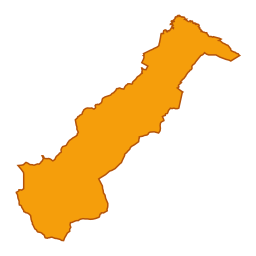 Malini, Suceava, Romania (Natural Earth projection)
{"feature_id": "2599482B41732614853379", "entity_name": "Malini", "entity_type": "district", "adm_level": 2, "iso_a3": "ROU", "parent_name": "Romania", "parent_adm1": "Suceava", "projection": "natural_earth1", "projection_center": [26.022, 47.371], "detail": "fine", "context": "isolated", "style": "filled", "palette": "amber", "viewbox_px": 256, "rotation_deg": 0, "n_neighbors": 0, "source": "geoboundaries", "source_scale": "gbopen_adm2", "svg_char_len": 5687}
<svg xmlns="http://www.w3.org/2000/svg" viewBox="0 0 256 256"><path d="M107.2,210.8L107.0,209.2L107.6,207.5L107.8,205.8L107.8,203.4L105.6,198.3L105.0,195.1L103.5,193.0L103.1,190.2L102.6,188.6L102.4,186.0L98.7,178.9L100.2,177.9L105.6,174.6L109.6,171.1L111.8,170.4L115.1,168.6L120.0,163.7L121.4,162.6L122.4,160.2L124.6,155.6L124.6,154.5L125.1,153.8L126.6,152.6L127.9,151.0L129.7,149.3L130.3,147.7L131.5,146.4L134.5,144.7L138.6,141.7L138.9,139.3L139.0,138.6L139.3,138.1L139.2,137.8L139.3,136.8L142.7,136.2L144.2,135.5L147.0,135.0L148.1,134.2L148.4,133.4L148.9,132.8L150.1,132.1L154.2,131.8L158.6,133.0L160.0,130.9L160.1,130.5L160.4,128.3L160.1,125.6L160.4,123.3L160.8,122.6L161.6,121.8L163.9,120.6L163.6,119.3L162.4,116.6L163.6,115.9L165.3,115.4L165.3,114.4L165.7,113.8L167.2,113.5L167.6,113.0L168.5,110.4L170.0,108.8L170.2,108.3L170.4,108.2L172.1,108.6L173.3,108.2L174.0,108.2L175.7,108.7L177.6,108.6L178.8,108.1L182.2,92.8L182.1,92.5L182.8,92.0L180.6,90.6L177.3,88.0L178.7,87.3L178.9,86.7L178.4,86.1L178.6,85.1L178.8,84.9L181.3,82.7L180.3,82.2L180.6,81.5L181.7,80.8L182.3,79.6L183.4,78.9L184.2,78.1L184.9,77.0L185.4,76.6L186.3,74.8L188.1,72.3L189.3,71.3L190.1,70.1L190.9,69.8L191.5,69.3L191.9,68.6L192.0,67.8L191.8,66.8L191.9,66.3L192.6,65.1L194.7,63.5L195.8,61.7L200.8,55.5L202.6,54.8L204.0,53.5L204.5,52.7L206.5,54.1L208.6,54.9L215.9,54.9L219.9,57.1L226.1,59.4L229.0,60.1L230.8,61.0L239.7,55.5L238.8,54.8L238.2,53.8L236.6,53.4L235.0,52.2L234.0,52.0L231.4,50.8L230.7,49.8L230.7,48.9L227.9,45.3L226.3,44.8L224.7,43.8L222.6,42.9L220.1,40.7L218.9,40.5L221.1,39.1L219.4,38.3L213.3,36.7L212.8,37.2L210.9,36.4L210.2,36.6L209.0,36.4L208.4,35.9L208.3,35.4L207.0,33.7L206.7,32.7L205.5,32.8L204.1,32.2L203.2,32.2L202.0,31.1L201.9,31.3L201.2,31.5L201.1,31.1L201.5,30.9L200.9,30.3L200.8,29.5L199.8,29.0L199.7,28.4L199.4,28.2L199.7,27.8L198.4,26.6L199.0,26.2L199.1,25.5L198.7,24.7L198.3,24.4L197.2,24.1L197.2,24.4L196.9,24.5L196.0,24.2L195.7,24.4L195.4,24.1L195.7,23.9L195.7,23.4L194.8,23.0L193.7,23.0L193.7,23.3L193.3,23.3L192.8,22.8L192.9,22.6L192.5,21.5L192.2,21.4L192.3,21.2L192.0,21.0L191.7,21.1L191.5,21.4L191.1,21.3L190.8,21.6L190.5,20.9L190.1,20.7L189.1,21.6L188.2,21.5L185.9,19.9L186.5,19.3L184.8,19.3L185.2,18.9L184.7,17.8L183.9,17.0L183.1,17.3L182.6,16.9L181.6,17.0L180.5,16.3L179.7,16.3L179.8,15.7L179.3,15.4L179.0,15.7L178.1,15.4L177.3,16.0L177.6,16.6L176.3,16.9L175.8,16.8L175.2,17.3L175.1,17.8L175.3,18.1L174.8,18.9L174.3,19.3L174.1,19.9L173.4,20.1L173.0,20.6L173.2,20.8L174.1,21.5L173.9,21.7L173.4,21.3L171.8,20.8L171.3,21.2L172.4,22.1L172.4,23.3L172.1,23.4L171.6,22.9L171.1,23.6L171.2,23.8L170.5,23.9L170.4,24.4L171.8,24.1L173.1,25.2L172.0,25.9L171.9,26.4L172.6,27.2L173.5,27.5L173.4,28.5L172.0,27.8L171.4,27.8L171.1,28.4L169.5,30.7L169.1,30.8L168.5,30.6L167.9,30.8L167.5,31.3L167.6,31.7L167.0,31.9L166.5,31.6L166.3,31.3L166.3,30.4L166.0,30.1L165.3,29.9L164.6,30.1L163.7,30.7L163.4,32.3L163.1,33.0L163.4,33.5L162.2,33.7L161.3,33.5L161.0,34.1L160.5,37.6L159.6,42.3L159.0,44.4L159.0,45.0L158.9,45.5L158.4,46.1L156.9,47.2L153.5,48.7L152.9,49.2L150.5,50.2L143.6,53.6L144.1,54.2L144.1,54.7L143.8,55.0L143.9,55.4L143.5,55.6L143.9,55.8L144.0,57.5L143.3,59.7L142.8,60.5L141.8,62.7L147.9,66.1L146.0,69.7L144.8,69.5L144.3,69.6L143.9,69.5L143.4,69.3L142.3,68.1L141.7,68.0L142.2,70.7L142.1,71.4L141.7,72.1L142.3,73.0L142.2,73.3L141.0,73.9L139.6,75.4L137.4,76.8L135.8,79.1L133.2,81.5L132.5,82.4L132.5,83.5L132.3,83.8L131.6,84.1L129.6,83.8L127.8,83.8L127.1,84.7L126.1,85.2L125.1,86.5L124.6,87.3L123.8,89.1L120.9,88.6L120.1,88.1L119.5,88.0L118.7,88.2L118.4,88.5L116.9,88.6L116.3,89.2L115.8,90.5L114.2,92.0L113.9,92.6L112.0,93.5L110.9,94.8L110.3,95.2L104.9,97.0L102.7,98.4L102.3,99.1L101.9,101.4L101.6,102.2L101.1,102.9L99.7,103.9L99.2,104.5L98.7,104.6L97.9,104.2L97.0,104.7L96.1,104.5L95.9,104.6L95.1,105.6L95.6,107.3L95.5,107.9L94.2,109.0L93.8,109.1L91.8,108.0L90.1,108.2L87.3,108.0L85.5,108.6L83.6,110.1L83.3,111.2L82.5,112.2L82.2,113.9L81.4,114.5L79.8,115.3L78.5,116.6L78.0,116.6L77.7,116.9L77.4,117.9L75.3,119.8L76.3,125.2L76.9,126.9L76.9,129.3L78.3,132.2L78.2,132.5L77.3,133.8L77.2,134.2L77.3,134.9L76.6,135.5L76.3,135.9L73.9,137.4L73.3,137.6L70.2,140.0L69.5,140.3L67.7,142.8L66.3,145.3L65.6,145.7L62.7,146.6L61.6,148.1L61.3,149.0L61.0,149.9L61.3,151.9L61.0,152.4L59.5,153.2L58.7,154.4L56.3,156.4L55.2,158.5L55.2,158.9L54.7,159.6L53.0,160.8L52.6,160.8L50.6,159.2L49.1,158.6L48.5,158.5L47.3,158.7L44.7,158.5L44.2,158.1L43.6,156.6L43.0,155.8L42.1,155.8L43.2,158.1L43.0,159.3L42.1,161.1L41.3,161.6L40.8,162.6L39.0,164.2L37.8,163.9L36.4,164.3L34.1,165.2L33.6,165.1L32.3,164.7L29.9,164.6L27.9,163.2L26.0,162.4L24.3,163.8L23.8,164.5L22.8,164.9L21.5,165.2L18.0,165.5L21.6,169.8L23.5,172.5L23.7,174.1L23.7,188.7L21.7,190.1L21.0,189.9L19.0,189.8L19.0,190.6L17.9,191.5L16.3,192.3L16.4,193.0L17.5,194.6L18.0,198.1L19.0,200.8L19.2,201.9L19.1,203.4L19.4,205.0L20.3,205.1L21.3,205.8L21.8,207.4L23.7,210.5L23.8,211.6L25.2,212.2L25.6,212.6L27.7,213.1L29.4,214.3L30.6,215.6L31.2,219.6L31.5,220.4L31.6,221.1L32.4,222.5L32.4,224.2L33.1,225.1L33.7,226.5L34.9,228.9L36.4,229.9L37.2,231.4L37.7,231.9L40.5,232.5L41.7,233.0L42.6,234.0L43.8,234.7L44.5,235.9L44.9,237.2L45.3,237.8L47.4,238.2L48.2,237.8L49.4,237.7L51.2,237.2L52.0,237.2L55.2,238.4L56.7,238.5L60.1,239.4L61.6,240.4L63.6,240.6L64.8,237.4L65.3,236.8L67.3,233.1L69.8,231.2L69.6,230.1L69.9,228.6L70.6,227.7L70.8,227.2L70.1,225.4L70.0,224.3L70.5,222.9L70.5,222.6L72.0,222.4L75.7,220.8L76.9,220.6L78.3,220.6L79.7,219.5L80.9,219.1L82.7,218.7L83.5,218.7L84.9,218.9L87.5,218.9L90.2,219.3L92.9,219.1L95.6,218.5L98.4,217.5L99.1,217.1L99.4,216.8L100.0,214.3L100.9,213.8L101.4,212.8L103.6,212.9L107.2,210.8Z" fill="#f59e0b" stroke="#b45309" stroke-width="1.5"/></svg>